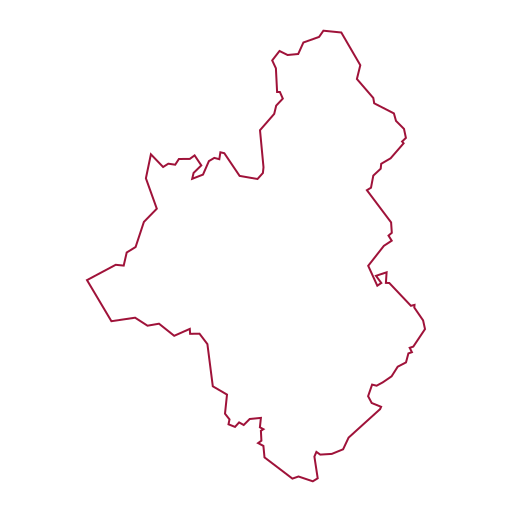 Veles, Veles, North Macedonia (Equal Earth projection)
{"feature_id": "65306769B79358437937603", "entity_name": "Veles", "entity_type": "district", "adm_level": 2, "iso_a3": "MKD", "parent_name": "North Macedonia", "parent_adm1": "Veles", "projection": "equal_earth", "projection_center": [21.761, 41.766], "detail": "fine", "context": "isolated", "style": "outline", "palette": "rose", "viewbox_px": 512, "rotation_deg": 0, "n_neighbors": 0, "source": "geoboundaries", "source_scale": "gbopen_adm2", "svg_char_len": 1634}
<svg xmlns="http://www.w3.org/2000/svg" viewBox="0 0 512 512"><path d="M341.3,32.5L323.4,30.7L319.1,36.9L303.4,42.5L298.2,54.0L287.6,55.0L279.5,51.0L272.2,60.4L275.9,68.3L277.1,92.0L279.9,92.0L282.8,98.6L276.2,105.6L274.2,113.9L260.0,130.2L263.5,167.3L262.9,173.0L257.5,179.0L239.6,175.9L224.3,153.2L220.4,152.3L219.3,159.2L214.3,157.9L208.9,161.1L203.0,174.6L192.2,178.8L193.6,172.9L201.3,165.4L194.6,155.4L189.8,158.9L178.9,159.0L175.2,164.7L168.3,163.7L163.1,167.0L150.9,154.3L145.9,178.3L156.8,208.7L143.9,221.9L135.6,247.0L126.7,252.5L123.7,265.6L115.7,264.8L87.0,280.1L111.4,321.2L135.1,317.7L147.5,325.7L159.0,323.7L174.2,335.8L189.8,328.9L190.1,333.8L199.5,333.7L207.4,344.1L212.8,386.3L227.0,394.6L225.0,413.7L229.5,419.4L228.5,424.3L235.0,426.9L239.1,422.4L243.7,425.0L249.7,419.0L260.9,417.9L259.9,427.3L263.4,429.2L260.9,430.8L261.4,440.7L258.1,443.1L263.4,445.9L264.5,457.4L292.4,478.6L298.5,476.5L312.8,481.3L317.7,478.3L314.4,456.6L316.4,451.9L320.2,454.6L331.8,453.9L343.1,449.3L348.6,437.6L380.1,409.1L381.1,406.8L371.7,403.0L368.1,396.2L372.1,384.6L376.6,385.7L382.7,382.4L391.6,376.3L397.7,366.7L406.0,362.4L408.4,353.4L411.9,352.2L409.7,347.8L413.3,346.6L425.0,329.1L423.1,320.4L414.3,307.6L414.5,304.9L410.9,305.8L389.3,283.0L385.9,282.9L386.6,272.3L376.0,275.8L381.3,283.0L377.3,285.7L368.2,265.8L383.9,245.8L391.7,240.7L388.5,235.6L391.8,232.8L391.1,222.4L366.9,190.2L371.0,187.7L373.3,175.6L380.7,168.7L381.2,163.8L390.6,158.3L403.6,143.3L402.1,141.5L405.9,137.9L404.0,128.9L396.0,120.9L393.9,113.4L374.2,103.3L373.3,98.0L356.9,79.0L360.3,65.2L341.3,32.5Z" fill="none" stroke="#9f1239" stroke-width="2"/></svg>